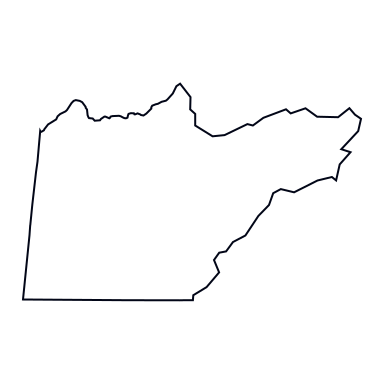 Cherokee, North Carolina, United States of America (Equal Earth projection)
{"feature_id": "52423323B12938899253379", "entity_name": "Cherokee", "entity_type": "district", "adm_level": 2, "iso_a3": "USA", "parent_name": "United States of America", "parent_adm1": "North Carolina", "projection": "equal_earth", "projection_center": [-84.069, 35.14], "detail": "fine", "context": "isolated", "style": "outline", "palette": "ink", "viewbox_px": 384, "rotation_deg": 0, "n_neighbors": 0, "source": "geoboundaries", "source_scale": "gbopen_adm2", "svg_char_len": 1458}
<svg xmlns="http://www.w3.org/2000/svg" viewBox="0 0 384 384"><path d="M126.3,300.2L179.7,300.3L184.3,300.2L192.9,300.2L193.3,295.2L206.6,287.1L219.1,272.4L214.0,260.0L219.2,252.7L226.1,251.4L233.0,242.0L245.4,235.5L258.4,215.9L269.0,205.0L273.2,193.2L280.8,189.1L294.1,192.3L317.5,180.5L331.9,177.0L336.1,180.4L339.7,164.4L350.5,152.2L341.3,149.2L358.2,131.1L361.0,118.8L355.0,114.7L349.4,108.2L338.1,117.2L317.1,116.7L305.5,108.3L290.7,113.4L286.0,109.3L263.4,117.8L252.9,125.5L247.4,124.1L224.6,135.1L212.6,136.3L195.2,125.5L195.2,113.9L190.2,109.4L190.5,97.1L180.1,83.7L176.4,86.2L172.8,93.5L167.5,99.4L165.9,100.7L161.6,101.8L157.9,103.8L155.7,104.3L152.2,105.7L151.3,107.3L151.3,108.6L146.3,113.6L143.5,115.5L140.9,115.0L140.4,114.5L137.6,113.4L135.0,114.4L134.4,114.3L134.1,113.8L133.9,113.3L130.8,113.2L128.8,113.8L128.4,114.1L127.8,116.1L127.5,117.6L126.6,118.1L125.7,118.3L124.3,118.1L122.6,117.3L120.8,116.3L119.0,115.8L112.5,116.1L110.6,116.6L109.8,118.0L109.3,118.3L105.4,116.6L104.4,116.6L100.9,119.0L100.0,120.3L94.7,120.7L92.7,118.5L89.0,118.1L88.5,117.4L87.6,115.2L87.0,109.5L85.7,107.8L85.6,106.8L82.2,102.2L79.8,100.9L75.8,100.1L73.6,100.9L71.5,103.1L67.0,110.0L65.5,111.4L60.2,114.0L57.6,116.3L56.2,119.4L48.1,124.4L44.3,129.3L43.9,130.3L41.4,131.8L40.5,131.6L40.2,131.0L39.0,144.4L37.5,161.6L36.0,172.3L32.3,204.8L30.3,225.0L30.2,225.3L29.5,235.2L23.0,299.5L126.2,300.2L126.3,300.2Z" fill="none" stroke="#020617" stroke-width="2"/></svg>